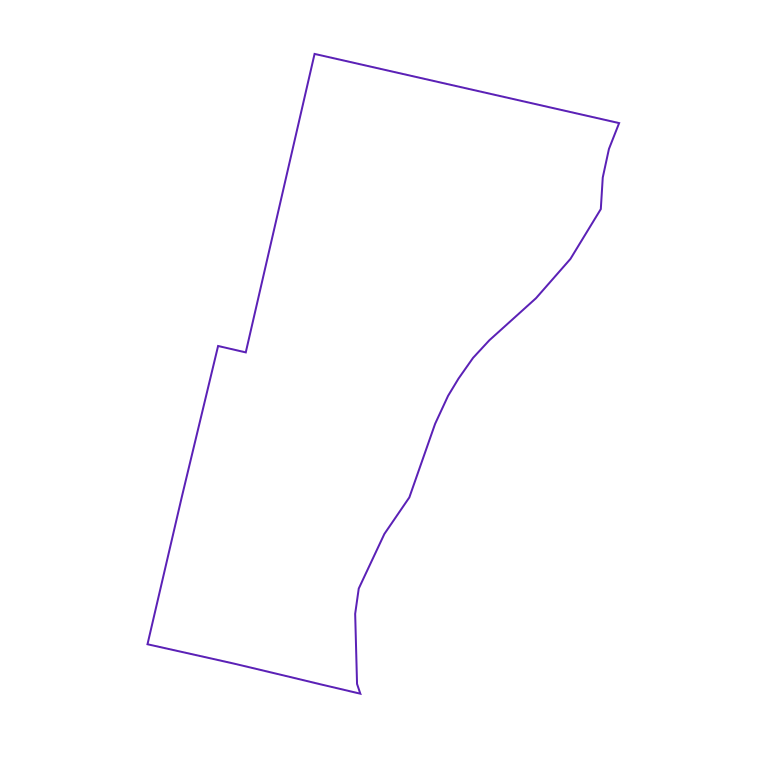 Ozaukee, Wisconsin, United States of America, rotated 13°
{"feature_id": "52423323B14117814854562", "entity_name": "Ozaukee", "entity_type": "district", "adm_level": 2, "iso_a3": "USA", "parent_name": "United States of America", "parent_adm1": "Wisconsin", "projection": "albers", "projection_center": [-87.914, 43.368], "detail": "fine", "context": "isolated", "style": "outline", "palette": "violet", "viewbox_px": 768, "rotation_deg": 13, "n_neighbors": 0, "source": "geoboundaries", "source_scale": "gbopen_adm2", "svg_char_len": 499}
<svg xmlns="http://www.w3.org/2000/svg" viewBox="0 0 768 768"><g transform="rotate(13 384 384)"><path d="M212.1,690.8L300.3,690.2L344.9,690.5L388.7,690.9L389.0,690.9L430.6,691.1L425.2,682.3L407.6,614.4L405.4,589.0L418.1,530.0L434.2,488.8L442.6,412.7L442.8,411.1L449.1,381.1L455.4,361.9L464.9,338.5L476.8,317.7L512.8,266.2L537.5,220.2L555.9,164.8L550.7,133.6L550.3,104.4L554.4,76.9L242.1,78.0L242.2,384.3L213.8,384.3L212.4,539.0L212.1,690.8Z" fill="none" stroke="#5b21b6" stroke-width="2"/></g></svg>